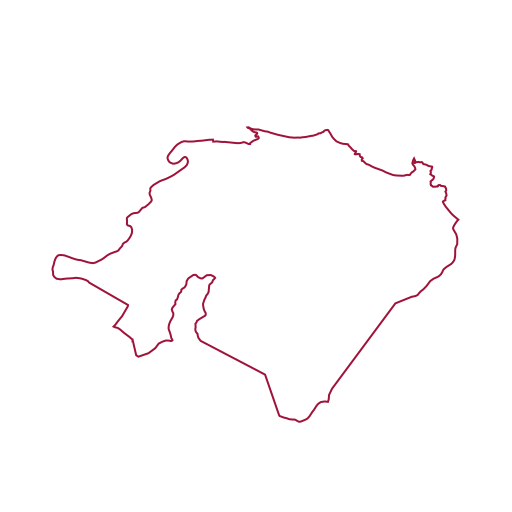 Troumassee, Micoud, Saint Lucia, rotated 289°
{"feature_id": "8701671B86080825614718", "entity_name": "Troumassee", "entity_type": "district", "adm_level": 2, "iso_a3": "LCA", "parent_name": "Saint Lucia", "parent_adm1": "Micoud", "projection": "robinson", "projection_center": [-60.903, 13.81], "detail": "fine", "context": "isolated", "style": "outline", "palette": "rose", "viewbox_px": 512, "rotation_deg": 289, "n_neighbors": 0, "source": "geoboundaries", "source_scale": "gbopen_adm2", "svg_char_len": 6129}
<svg xmlns="http://www.w3.org/2000/svg" viewBox="0 0 512 512"><g transform="rotate(289 256 256)"><path d="M356.2,435.5L358.5,429.5L359.9,426.6L364.2,419.6L366.4,416.7L367.8,415.3L368.4,415.0L369.9,416.3L370.4,416.9L371.6,416.4L372.1,416.5L372.8,416.1L373.8,416.1L375.1,416.5L375.8,416.2L377.2,415.4L378.6,414.1L379.9,414.5L381.8,413.7L382.5,412.6L383.2,412.2L383.1,410.6L382.5,408.0L383.0,407.2L382.7,405.9L382.2,405.4L381.7,405.1L381.1,405.3L380.7,404.8L380.6,404.2L379.8,402.9L379.6,401.9L379.1,400.9L379.6,399.6L379.6,398.8L379.8,398.4L380.4,398.3L380.9,397.6L382.5,397.3L383.4,396.8L386.0,398.4L387.0,398.7L388.2,398.7L388.9,398.6L389.3,398.1L389.3,396.7L390.1,394.5L390.1,394.2L391.6,394.3L393.2,393.3L393.5,393.3L394.4,393.9L394.9,393.9L395.7,393.7L397.2,393.8L397.8,393.4L397.3,390.1L397.4,389.1L397.7,387.8L397.7,386.6L397.4,384.4L397.9,383.6L398.4,383.1L398.8,382.2L398.1,381.0L397.9,380.2L397.9,379.1L396.5,376.4L395.8,376.1L395.6,375.6L395.9,375.4L397.3,375.9L399.7,373.7L397.9,373.4L394.7,373.6L393.9,374.2L393.3,374.9L392.4,376.5L391.0,377.8L389.8,378.5L386.9,377.1L386.0,376.2L385.2,375.9L384.4,375.5L383.0,375.2L382.4,374.6L382.2,373.2L381.3,371.4L380.3,370.1L379.5,368.2L377.8,362.4L377.3,360.0L377.2,358.5L377.4,351.9L378.0,347.6L378.1,339.2L378.4,336.3L378.9,333.7L379.0,332.2L378.9,330.5L379.7,328.5L380.6,326.8L380.5,325.1L381.5,324.6L382.3,324.7L383.1,325.1L383.8,324.3L383.7,322.7L384.4,321.6L386.0,320.9L385.9,319.7L384.5,317.0L384.5,316.2L384.8,316.1L385.9,316.5L387.4,316.6L387.7,316.3L387.2,315.0L387.3,314.3L388.6,311.3L388.8,311.2L389.7,309.5L390.7,307.4L391.5,306.9L391.4,305.5L390.5,302.2L390.2,299.2L390.6,294.7L392.1,291.5L393.5,289.2L395.8,286.7L397.9,284.0L398.5,283.4L398.5,282.5L397.6,280.8L396.5,279.7L395.4,279.4L394.8,278.6L392.9,276.8L392.3,275.2L391.3,274.7L388.4,270.9L387.3,268.6L384.9,264.6L382.8,260.1L382.3,259.4L381.8,257.5L380.3,253.6L379.1,248.8L378.4,243.0L377.7,236.9L377.3,229.3L377.4,226.6L376.8,223.8L376.4,217.0L375.1,213.1L374.7,210.1L375.1,208.2L375.2,206.9L374.8,206.1L374.5,206.6L374.6,208.4L372.8,212.2L372.6,214.4L372.9,216.1L372.8,216.9L372.5,217.2L371.8,217.2L369.8,216.1L369.2,216.4L368.7,216.9L368.7,217.3L369.5,218.3L369.8,219.1L369.0,219.9L368.4,220.2L367.3,219.7L364.1,216.0L361.2,213.9L360.0,214.0L359.5,212.6L359.8,209.0L359.7,207.4L357.8,204.6L357.2,203.3L356.4,200.8L353.6,188.9L352.9,187.2L351.6,181.6L350.2,178.3L352.0,177.4L350.6,173.8L347.4,167.3L346.1,164.1L343.8,159.3L342.2,154.9L341.4,151.5L340.8,150.2L339.8,148.8L338.8,147.8L337.0,146.3L335.6,145.2L332.8,143.8L328.1,142.2L325.3,141.1L322.0,140.2L321.0,140.2L320.0,140.4L319.3,140.7L318.0,141.8L316.8,143.3L316.4,144.5L316.2,147.3L316.5,148.2L316.9,149.0L318.0,150.7L319.3,152.1L321.4,153.5L324.6,154.9L325.6,155.5L326.4,156.4L326.6,157.2L326.4,158.1L325.6,159.2L325.0,159.8L324.2,160.3L323.1,160.9L322.1,161.1L321.0,161.1L319.3,160.9L316.6,159.6L306.1,152.0L303.6,149.8L302.0,148.2L299.6,145.8L296.9,142.4L295.2,140.5L289.8,136.0L286.7,134.3L285.9,134.1L285.0,134.2L283.5,134.9L281.3,134.8L280.5,135.0L279.3,135.7L277.0,137.9L275.6,138.9L274.4,139.3L273.1,139.0L269.8,137.4L266.4,135.3L265.8,134.7L264.5,132.9L264.1,132.7L259.6,131.0L258.9,130.5L258.3,129.9L257.9,129.1L256.7,126.5L255.6,125.1L254.3,124.0L250.9,121.9L250.1,121.6L249.3,121.7L246.5,122.9L244.0,123.6L243.5,124.2L243.2,124.8L243.2,125.5L243.3,127.0L243.2,127.8L242.4,128.9L241.0,130.0L240.2,130.4L239.0,130.8L237.0,131.2L234.0,131.0L231.4,130.4L228.9,129.6L227.4,128.8L226.1,127.5L224.6,126.4L223.8,126.2L222.2,126.2L221.4,126.0L219.0,124.9L216.3,124.0L215.1,122.9L213.7,121.0L210.6,117.3L208.2,115.2L204.1,112.5L202.1,110.9L197.4,106.2L196.2,104.3L195.8,102.5L195.4,100.1L195.0,91.7L194.4,89.0L194.1,85.9L194.1,82.6L194.2,79.4L194.2,74.4L193.4,71.1L192.5,69.1L191.8,68.5L190.7,67.9L188.6,67.3L185.2,67.2L181.6,67.6L179.0,67.5L176.6,68.1L175.3,69.1L172.0,70.4L170.6,72.0L169.6,74.8L170.3,78.8L172.7,83.6L175.5,90.4L176.5,92.2L177.2,94.6L177.8,98.1L177.9,103.0L177.4,105.6L176.6,106.6L168.0,150.9L166.7,151.2L155.6,149.0L149.4,146.7L145.0,145.3L142.9,144.3L142.7,145.8L143.0,148.6L142.3,151.4L140.4,156.1L138.3,162.6L136.7,166.5L136.1,166.7L136.3,166.8L123.2,175.0L122.5,177.6L129.1,186.0L136.1,190.8L141.5,192.5L144.5,195.4L146.7,198.2L147.7,201.3L147.9,203.3L148.7,204.5L148.5,204.8L149.7,204.1L150.6,202.9L151.1,202.5L153.3,201.2L156.4,198.9L157.8,197.7L158.9,197.0L160.8,196.4L163.2,196.1L166.2,196.2L171.1,197.1L173.1,197.1L175.0,196.4L176.4,195.0L178.0,193.8L179.9,193.8L184.3,195.5L185.5,194.8L187.9,194.5L189.2,195.5L191.9,195.5L193.9,195.3L196.0,195.8L197.3,196.7L198.4,196.8L199.9,196.4L201.3,197.2L202.4,198.2L203.9,199.0L206.7,199.3L209.8,198.6L212.8,199.3L217.5,202.8L218.4,204.4L218.5,205.5L217.2,208.1L216.9,210.2L216.9,211.5L217.3,212.6L218.4,213.4L221.2,215.3L221.9,215.9L222.3,216.9L223.3,219.6L222.8,223.2L222.0,224.5L220.3,223.8L219.4,223.3L218.2,223.1L216.9,223.2L214.2,221.6L213.1,221.3L206.5,222.9L204.0,222.5L202.4,221.8L200.7,221.8L197.3,221.4L193.6,221.5L191.6,222.3L188.7,224.0L187.2,225.3L185.7,227.0L183.9,227.6L183.1,227.4L178.0,223.1L175.5,221.4L173.8,221.3L172.1,220.8L169.1,222.1L167.5,222.3L166.0,222.9L164.7,223.9L163.3,226.1L161.5,227.0L159.9,228.2L158.1,230.7L157.7,231.5L146.8,303.2L113.2,329.5L112.4,330.4L112.3,335.1L112.6,337.5L112.5,340.4L113.3,344.0L113.7,344.9L114.0,346.6L113.4,349.1L113.3,350.5L113.5,351.3L113.7,351.8L115.8,354.3L118.1,356.8L119.3,357.7L122.0,358.8L127.2,360.1L129.4,360.9L133.3,361.8L135.8,362.6L137.3,363.5L139.0,364.9L140.5,367.6L141.0,368.9L141.5,371.5L142.8,371.5L144.2,371.4L148.5,370.3L155.3,371.1L256.6,403.2L268.3,416.7L268.9,417.9L270.0,419.7L271.5,421.3L272.1,421.7L274.9,422.6L276.6,423.5L279.0,425.1L283.1,427.0L289.0,428.9L292.5,431.4L295.2,434.4L296.8,435.7L298.3,436.5L299.2,436.9L301.1,437.3L303.9,437.6L304.6,437.8L307.7,439.7L311.8,443.0L313.7,444.0L316.1,444.7L317.6,444.8L320.2,444.4L322.1,443.9L326.2,442.5L327.8,442.1L329.1,442.0L332.7,442.4L335.8,441.4L338.1,440.6L341.2,438.6L342.0,437.9L344.9,434.5L346.0,433.5L346.6,433.2L348.0,433.2L349.6,433.4L352.8,434.2L355.0,434.9L356.2,435.5Z" fill="none" stroke="#9f1239" stroke-width="2"/></g></svg>